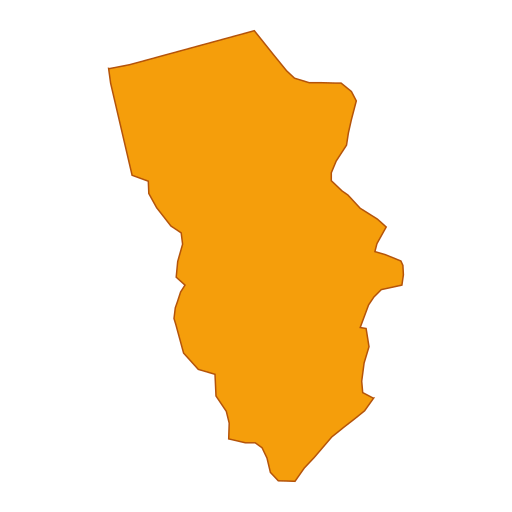 Menogeia, Larnaca, Cyprus
{"feature_id": "46923920B76142388843432", "entity_name": "Menogeia", "entity_type": "district", "adm_level": 2, "iso_a3": "CYP", "parent_name": "Cyprus", "parent_adm1": "Larnaca", "projection": "albers", "projection_center": [33.436, 34.845], "detail": "fine", "context": "isolated", "style": "filled", "palette": "amber", "viewbox_px": 512, "rotation_deg": 0, "n_neighbors": 0, "source": "geoboundaries", "source_scale": "gbopen_adm2", "svg_char_len": 1113}
<svg xmlns="http://www.w3.org/2000/svg" viewBox="0 0 512 512"><path d="M108.6,68.4L110.6,83.1L132.1,175.3L148.3,181.2L148.8,193.5L156.7,207.8L162.5,215.2L170.9,226.0L181.2,232.9L182.6,244.2L177.7,261.5L176.2,277.2L185.0,285.1L180.6,292.0L177.5,301.5L175.3,307.8L174.0,318.5L175.9,324.8L183.6,353.1L198.3,369.4L215.0,374.3L216.0,396.0L226.3,411.3L229.2,423.1L228.7,438.9L245.4,442.8L255.2,442.8L262.1,447.8L267.0,458.1L270.4,472.4L278.3,480.8L286.2,481.0L295.0,481.3L304.3,468.0L314.1,457.6L331.8,436.9L344.0,427.1L354.8,418.7L364.6,410.8L373.7,398.0L373.0,398.0L362.7,392.6L361.7,381.2L364.1,363.0L369.0,346.7L366.1,328.5L360.2,327.5L368.6,304.9L373.9,297.0L381.3,289.6L401.9,285.1L403.4,274.8L402.9,265.4L400.9,261.0L385.2,254.6L374.9,251.6L376.9,243.8L377.4,242.8L386.2,227.0L377.4,219.1L360.2,208.3L347.9,195.0L342.1,191.0L331.3,180.7L331.3,172.8L336.2,161.0L346.5,145.2L348.4,132.9L351.4,119.6L356.3,100.9L351.4,91.5L341.1,83.1L336.2,83.1L321.5,82.7L309.2,82.7L294.5,78.2L286.6,70.8L273.4,54.6L265.5,44.7L254.3,30.7L129.6,64.7L109.5,68.6L108.6,68.4Z" fill="#f59e0b" stroke="#b45309" stroke-width="1.5"/></svg>